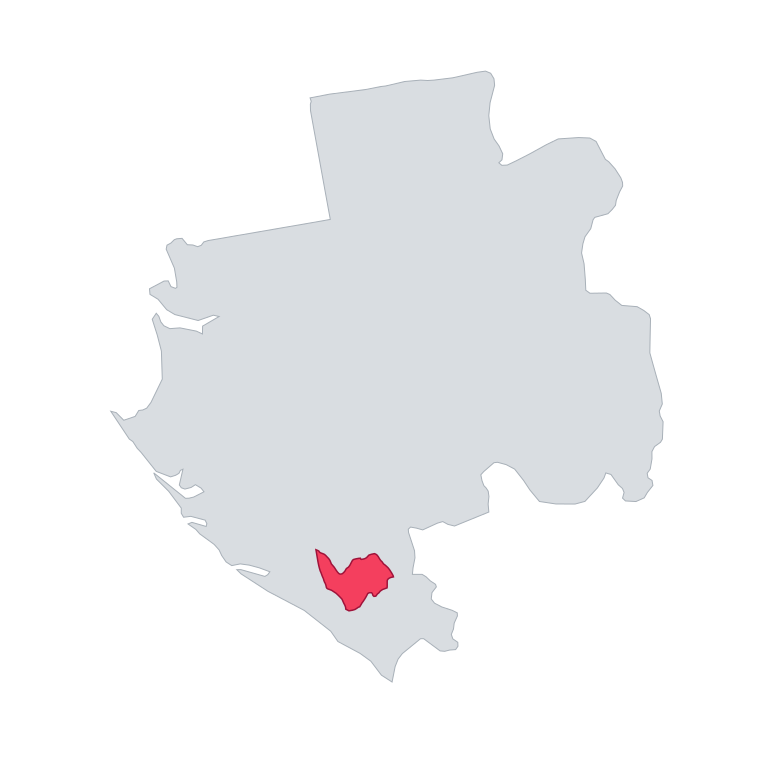 location of Mougoutsi, Nyanga, Gabon, rotated 350°
{"feature_id": "22940354B37590085186432", "entity_name": "Mougoutsi", "entity_type": "district", "adm_level": 2, "iso_a3": "GAB", "parent_name": "Gabon", "parent_adm1": "Nyanga", "projection": "mercator", "projection_center": [10.923, -2.753], "detail": "fine", "context": "in_parent", "style": "filled", "palette": "rose", "viewbox_px": 768, "rotation_deg": 350, "n_neighbors": 0, "source": "geoboundaries", "source_scale": "gbopen_adm2", "svg_char_len": 4910}
<svg xmlns="http://www.w3.org/2000/svg" viewBox="0 0 768 768"><g transform="rotate(350 384 384)"><path d="M545.3,102.5L544.8,109.1L537.3,125.4L533.8,137.9L532.9,151.2L535.0,161.9L538.6,169.5L540.9,177.9L539.1,183.7L535.5,186.1L538.0,189.1L543.4,189.8L552.8,187.2L567.1,182.8L585.8,176.4L598.1,172.9L618.5,175.1L629.4,177.5L635.0,182.0L641.0,201.2L643.9,204.1L648.9,212.2L653.0,222.0L653.9,226.9L653.4,230.5L649.3,235.8L644.6,243.5L643.0,248.2L639.1,251.7L634.1,255.2L620.5,256.5L618.4,258.6L614.6,266.9L607.5,273.9L604.2,280.5L601.3,289.3L601.9,300.3L600.4,316.0L599.0,326.7L602.6,330.4L618.8,333.0L622.0,335.1L626.3,341.7L631.8,347.9L646.7,351.8L652.5,356.6L657.2,361.7L657.8,366.0L654.4,383.1L651.2,399.5L652.4,412.0L653.6,424.0L655.4,441.3L654.6,452.0L650.4,458.4L650.4,463.5L652.3,469.6L648.6,486.6L646.2,489.4L639.6,492.6L636.1,497.1L634.9,504.3L631.4,514.0L627.7,517.6L627.7,522.2L631.2,525.5L631.2,530.6L624.5,536.6L620.5,541.3L611.7,543.5L601.5,541.1L599.1,537.8L601.6,532.5L600.7,528.3L597.2,523.9L591.8,512.5L587.0,510.1L584.3,514.8L576.1,523.4L561.5,534.5L551.3,535.4L532.5,532.0L516.7,526.7L509.3,513.7L504.6,503.0L497.9,490.5L490.3,484.6L482.2,480.8L478.6,480.6L467.1,487.5L463.6,490.2L463.7,496.1L464.7,501.5L466.5,504.1L468.0,507.6L467.8,513.0L465.7,520.3L465.0,528.3L428.8,536.1L422.5,533.3L418.0,529.7L412.5,530.3L396.8,534.4L391.0,531.6L385.3,529.5L382.7,531.2L382.4,534.6L385.1,553.5L384.3,560.6L380.7,570.0L378.9,576.4L388.5,578.1L391.9,581.1L395.3,585.8L400.0,590.3L400.3,592.9L395.0,597.8L393.2,603.9L395.7,608.6L402.2,613.6L411.8,618.7L416.4,622.1L416.0,625.2L411.6,631.7L409.9,637.3L406.8,642.3L407.5,646.9L411.8,651.2L411.3,655.1L408.4,658.0L402.4,657.4L397.4,657.8L392.9,656.6L378.8,641.7L375.7,641.2L355.2,652.7L350.1,657.4L345.9,664.2L340.2,678.9L330.9,670.3L322.9,654.7L313.6,645.1L293.9,629.6L288.6,618.2L266.1,593.1L233.7,568.0L210.3,546.2L206.8,541.3L210.7,541.9L233.3,552.8L236.4,551.6L239.0,549.1L229.3,543.4L219.9,539.0L211.2,536.2L202.5,536.4L197.6,531.8L194.4,524.8L192.8,518.8L188.9,512.5L176.5,499.6L173.5,494.6L166.7,487.8L170.8,486.9L184.1,493.4L185.3,490.8L184.2,487.0L170.8,480.8L163.5,480.4L161.9,476.1L162.8,471.0L153.3,452.2L143.4,438.1L141.8,431.5L168.6,462.1L172.2,462.6L176.9,462.3L188.0,458.9L185.8,454.8L180.8,450.4L176.0,452.4L169.7,452.9L166.4,451.0L164.9,447.9L171.2,433.0L168.5,433.7L166.5,436.4L163.0,437.7L157.7,438.4L144.5,430.5L132.8,409.0L129.8,404.5L126.7,397.1L123.6,394.0L110.2,363.4L115.3,365.7L121.4,374.5L133.3,372.7L137.9,367.5L141.9,367.7L146.1,366.6L151.3,361.7L166.5,340.7L170.5,312.9L169.2,296.4L167.0,280.0L172.0,274.8L174.0,278.3L175.0,284.1L177.3,288.4L182.7,292.3L192.8,293.3L208.3,299.3L213.9,303.2L215.4,295.5L233.3,288.9L227.9,286.6L212.0,289.2L190.1,279.3L182.9,273.1L176.2,261.3L169.1,255.1L169.6,249.5L185.3,244.4L189.4,245.0L191.1,251.1L195.3,253.6L196.9,252.8L197.6,247.5L197.7,233.5L192.9,213.4L194.4,209.6L198.6,208.2L202.5,205.5L205.1,205.0L210.4,205.5L213.1,210.2L214.5,212.7L219.9,213.9L224.3,216.4L228.1,215.7L231.2,212.8L235.8,212.2L250.1,212.3L263.0,212.3L288.8,212.4L314.5,212.5L340.3,212.6L359.7,212.6L359.6,201.2L359.5,183.5L359.4,162.5L359.3,142.4L359.2,123.9L359.1,101.9L360.1,95.6L361.4,93.0L360.9,89.4L380.9,89.1L417.0,90.8L432.7,90.5L437.2,90.8L456.9,89.7L472.9,91.1L479.7,92.7L485.8,93.4L504.9,94.4L529.9,93.2L538.3,93.5L543.0,96.5L545.3,102.5Z" fill="#d9dde1" stroke="#a8b0b8" stroke-width="1"/><path d="M310.1,601.3L313.7,601.3L316.3,601.0L318.5,600.1L319.9,599.4L321.4,599.2L322.8,597.6L324.5,595.6L325.5,594.7L327.8,592.3L329.5,590.3L330.8,588.6L331.6,587.5L333.2,587.0L335.5,587.4L336.1,588.3L336.4,590.3L337.2,591.4L339.1,591.5L341.1,589.6L342.7,588.8L344.2,587.4L345.6,586.7L347.1,586.1L349.5,585.7L351.6,585.3L352.0,583.9L352.5,581.1L353.0,578.3L353.7,577.1L355.4,576.1L357.2,575.7L359.8,575.6L359.7,574.3L358.7,571.4L358.0,569.7L357.1,567.6L356.1,565.7L354.7,563.8L353.3,562.1L352.3,561.1L351.8,560.0L351.1,558.5L350.4,557.7L349.5,556.0L348.3,552.9L347.4,551.2L346.3,550.1L345.1,549.4L341.9,549.5L339.4,549.9L338.1,550.9L336.6,552.0L335.0,552.6L333.3,552.8L331.3,552.8L330.6,552.3L330.5,551.5L329.3,551.3L326.3,551.3L323.6,551.5L322.4,552.1L320.8,554.1L319.0,556.5L317.2,558.2L315.7,558.8L314.4,559.7L313.4,561.1L311.8,562.5L310.0,563.6L308.7,563.7L307.7,563.6L306.6,562.8L305.5,561.1L304.5,559.0L303.2,555.9L302.1,554.0L300.9,552.0L300.5,550.0L300.1,548.3L299.2,546.3L297.9,544.4L296.8,542.7L295.7,541.4L294.2,540.4L293.1,539.8L291.9,539.0L291.3,538.4L290.8,537.2L289.8,536.4L288.2,535.4L288.1,547.7L288.2,551.5L288.4,554.2L288.7,556.9L289.2,558.9L289.6,561.2L290.0,563.2L290.5,565.1L290.7,567.1L291.0,568.7L291.5,570.1L291.8,571.7L291.9,573.0L291.9,574.2L292.3,575.3L293.0,576.0L294.6,576.9L296.6,578.1L300.5,581.8L302.3,584.2L303.9,586.5L305.3,588.7L306.3,592.8L307.1,595.3L307.4,597.2L307.3,598.6L307.3,599.2L308.8,600.3L310.1,601.3Z" fill="#f43f5e" stroke="#9f1239" stroke-width="1.5"/></g></svg>